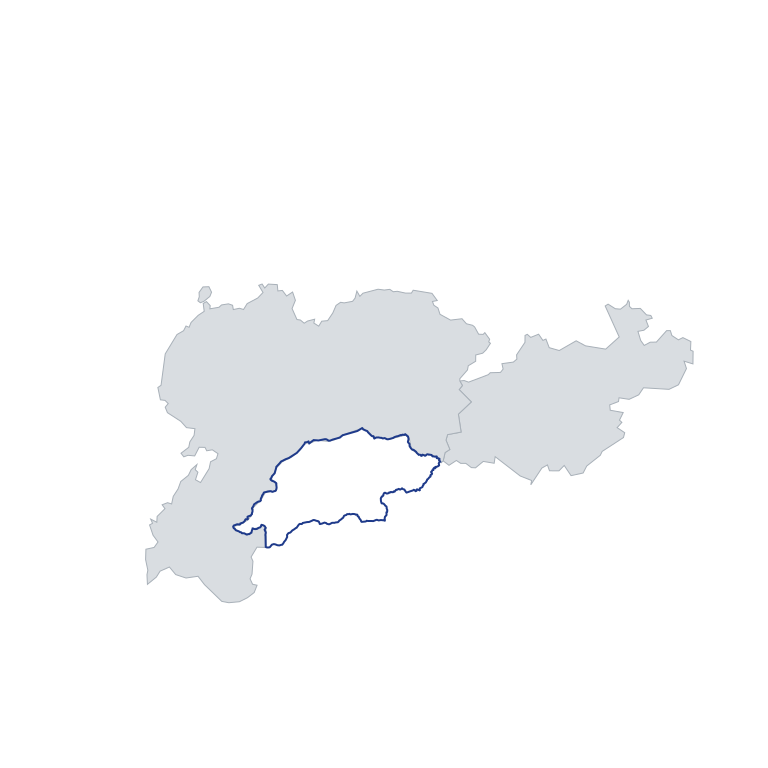 map of Mongolia with Kazakhstan and China greyed out, rotated 156°
{"feature_id": "MNG", "entity_name": "Mongolia", "entity_type": "country or territory", "adm_level": 0, "iso_a3": "MNG", "parent_name": "Asia", "parent_adm1": "", "projection": "mercator", "projection_center": [102.872, 46.856], "detail": "fine", "context": "with_neighbors", "style": "outline", "palette": "blue", "viewbox_px": 768, "rotation_deg": 156, "n_neighbors": 2, "source": "natural_earth", "source_scale": "50m", "svg_char_len": 10113}
<svg xmlns="http://www.w3.org/2000/svg" viewBox="0 0 768 768"><g transform="rotate(156 384 384)"><path d="M361.2,289.7L356.1,296.5L350.5,297.4L350.2,307.5L346.5,311.9L333.1,308.7L328.3,326.2L311.5,332.1L317.6,348.3L313.0,350.7L313.5,355.9L309.4,354.6L306.0,351.3L284.9,350.1L282.4,351.1L272.9,347.2L269.1,349.2L268.0,354.6L256.9,351.4L252.5,352.7L251.0,356.7L238.3,364.7L235.4,371.0L232.9,371.1L231.0,366.9L222.5,366.6L221.1,359.2L217.8,359.2L218.3,350.0L210.3,343.3L190.9,345.3L184.4,336.9L167.3,325.7L150.0,331.3L150.2,365.3L146.8,365.8L142.1,358.7L137.5,356.2L129.9,358.1L126.9,361.1L126.6,358.9L128.2,355.1L126.9,351.9L119.1,348.8L116.1,340.4L112.4,338.1L112.2,335.0L118.7,335.9L119.0,329.0L124.7,327.4L130.6,328.8L131.8,319.4L130.6,313.4L123.8,313.9L118.1,311.5L104.1,317.8L100.7,316.3L101.3,311.2L97.1,304.6L92.1,304.8L86.4,298.0L90.2,290.3L88.3,288.2L93.6,276.7L100.6,282.8L101.4,275.1L115.3,263.5L125.8,263.2L148.5,275.0L155.7,270.5L166.3,270.3L174.9,275.8L176.9,272.6L186.3,273.1L188.0,268.0L177.1,260.6L183.6,255.2L182.3,252.2L188.8,249.3L183.9,241.6L187.0,237.7L212.1,233.7L215.4,230.9L232.2,226.6L238.3,221.7L250.4,224.2L252.5,236.3L259.5,233.5L268.1,237.4L267.6,243.6L274.0,243.0L290.9,232.2L288.4,235.8L297.0,244.6L312.0,272.4L315.6,266.8L324.8,272.9L334.5,270.2L338.2,272.1L341.5,278.2L346.2,280.3L349.0,284.7L357.7,283.3L361.2,289.7Z" fill="#d9dde1" stroke="#a8b0b8" stroke-width="1"/><path d="M509.9,546.3L504.4,544.1L504.2,538.0L507.5,534.8L514.8,532.8L518.7,532.9L520.2,535.7L517.3,538.8L515.7,542.9L509.9,546.3ZM313.5,355.9L313.0,350.7L317.6,348.3L311.5,332.1L328.3,326.2L333.1,308.7L346.5,311.9L350.2,307.5L350.5,297.4L356.1,296.5L361.2,289.7L363.9,288.8L365.6,295.9L371.3,301.3L380.9,305.1L385.5,313.1L382.9,324.4L385.3,328.6L402.4,331.5L410.5,337.4L414.7,338.5L417.7,347.1L421.7,352.5L442.9,354.3L451.9,353.1L458.5,354.4L468.5,360.0L476.6,359.9L479.6,362.7L487.4,357.9L498.3,354.7L508.3,354.4L516.2,351.2L525.7,343.1L522.5,336.4L526.0,330.3L536.7,333.1L543.4,328.1L553.6,324.3L558.6,317.9L563.3,315.2L573.1,313.9L578.4,315.0L579.1,311.5L573.0,304.5L567.6,301.3L562.5,305.0L555.8,303.5L552.0,304.7L550.3,300.6L558.3,282.7L566.4,286.6L575.8,280.0L575.8,275.4L581.9,264.0L585.6,260.5L585.5,254.5L581.8,251.8L587.4,246.3L595.7,244.3L604.6,243.9L614.7,247.3L620.6,251.4L629.6,273.7L632.1,284.0L643.8,287.3L651.8,294.6L654.5,304.1L664.7,304.1L670.5,300.2L681.6,297.2L678.1,306.2L675.5,309.9L673.2,320.6L668.7,329.9L660.5,328.2L654.7,331.6L656.5,339.7L655.5,350.6L652.1,350.9L652.1,355.5L647.8,350.1L645.1,355.3L634.8,359.2L635.8,363.9L630.0,363.6L626.8,360.8L622.2,367.1L614.8,371.9L609.3,377.6L599.9,380.1L595.0,384.2L587.7,386.5L591.3,382.5L589.9,379.1L595.2,373.2L591.7,368.6L578.2,377.8L574.1,383.5L567.5,383.9L564.0,387.9L567.6,393.7L573.1,395.1L573.3,398.9L578.6,401.4L586.2,395.3L592.1,398.6L596.5,398.9L597.6,403.3L588.1,405.6L584.9,410.1L578.4,414.3L574.9,420.1L582.2,424.5L584.8,432.5L593.5,445.9L593.3,451.8L589.1,453.9L590.7,458.1L594.7,460.5L592.0,472.8L588.2,473.5L571.6,500.5L553.0,513.4L545.4,514.2L541.3,517.5L539.0,515.1L535.2,518.7L525.8,522.3L518.7,523.5L516.4,531.1L512.7,531.5L510.9,526.3L512.5,523.5L503.5,521.2L500.3,522.3L493.5,520.5L490.3,517.5L491.4,513.3L485.3,512.0L482.0,509.2L476.3,513.1L464.4,513.9L457.3,516.8L458.3,525.1L454.7,524.9L453.9,520.2L449.0,522.3L441.1,518.2L443.1,512.2L438.8,510.8L437.2,504.0L430.1,505.2L430.9,496.5L437.3,490.3L437.3,478.3L434.4,476.5L432.2,472.0L428.2,472.6L421.0,471.4L423.3,468.2L420.1,463.4L415.3,466.7L409.7,464.8L401.9,469.7L395.8,475.3L390.4,476.3L387.4,474.3L379.1,472.3L375.5,474.2L371.0,479.9L370.4,473.9L366.3,475.5L350.9,473.0L345.5,469.7L340.2,468.1L338.0,464.5L334.2,463.3L327.4,458.3L322.0,455.9L319.2,457.8L303.3,447.3L301.4,438.6L306.2,439.7L306.4,435.6L303.8,431.5L304.5,424.9L297.2,415.3L286.2,411.9L284.2,405.5L279.2,401.6L278.0,399.2L277.3,391.0L273.2,389.0L271.0,389.9L269.3,381.9L271.2,379.9L270.2,377.9L276.7,373.7L281.3,372.0L288.4,373.2L291.0,367.5L299.6,366.4L302.0,362.9L312.6,358.0L313.5,355.9Z" fill="#d9dde1" stroke="#a8b0b8" stroke-width="1"/><path d="M364.3,290.2L365.1,290.2L366.3,289.2L366.4,288.8L366.5,287.9L366.8,287.2L368.2,286.9L368.6,287.0L369.8,286.9L370.6,287.3L371.1,287.2L371.3,286.9L371.3,286.4L371.6,286.3L372.1,286.9L372.3,287.0L373.0,286.7L373.5,286.4L373.6,285.7L373.9,285.4L374.3,285.6L374.9,285.6L375.5,285.0L376.7,284.5L376.8,284.1L376.5,283.4L376.6,282.5L377.3,282.0L378.2,282.0L378.8,281.7L379.0,280.8L379.3,280.5L380.5,280.3L382.5,279.3L383.4,279.2L384.1,278.3L384.6,278.1L385.8,277.1L388.0,276.6L388.5,276.6L388.7,276.0L389.2,275.6L389.7,275.5L390.5,274.5L391.1,274.2L393.7,274.1L394.2,273.3L394.4,272.5L394.8,272.4L395.3,273.0L396.3,273.9L396.6,274.3L397.0,274.3L397.4,274.0L397.7,273.3L398.2,273.2L398.8,273.3L399.2,274.6L399.8,275.2L401.0,275.0L403.4,275.3L406.4,275.5L407.6,275.7L407.8,276.1L408.2,278.3L408.3,279.2L408.6,279.6L409.0,279.8L409.7,280.6L410.0,281.3L410.7,281.1L412.1,281.0L412.7,281.4L412.9,281.9L413.3,282.2L415.2,282.1L415.6,282.4L416.1,282.4L416.4,282.1L417.3,281.9L417.9,281.4L418.3,281.4L418.9,281.9L419.2,281.8L419.4,281.5L419.8,281.5L420.9,282.0L421.4,282.5L421.9,282.6L422.7,282.4L423.0,282.6L423.3,282.8L424.1,282.4L425.9,282.7L426.7,283.5L427.0,284.0L427.4,284.3L428.5,284.2L429.7,283.1L430.0,282.4L430.9,282.1L431.8,282.1L432.3,281.5L432.8,281.4L433.5,280.7L434.4,278.3L434.7,276.4L434.6,275.9L434.2,275.6L433.7,275.5L433.0,274.7L432.5,273.4L432.4,272.5L431.6,271.1L431.7,270.4L432.2,269.2L432.2,267.9L432.4,267.2L432.7,266.9L433.0,266.1L433.4,265.7L434.0,265.7L434.4,264.7L434.8,263.7L435.1,263.2L437.1,262.3L437.9,261.2L438.2,260.6L438.5,259.4L438.8,258.9L439.2,259.0L439.7,259.8L440.1,259.8L442.2,261.0L444.3,261.5L445.7,262.8L446.4,263.0L449.4,263.1L454.4,265.4L455.5,266.1L456.0,265.9L456.8,265.9L460.4,267.1L460.7,267.6L460.7,268.1L460.6,268.6L460.7,269.8L461.0,270.4L461.2,272.0L461.1,272.8L461.2,273.2L461.5,273.4L461.8,273.9L461.6,274.8L461.6,275.4L461.9,275.8L462.8,276.0L463.3,276.7L464.2,277.4L465.4,278.0L467.5,278.5L467.9,278.7L468.4,279.4L469.2,279.5L470.6,280.1L471.8,279.7L473.6,279.9L474.3,279.7L475.5,278.6L476.2,278.3L477.1,278.2L477.7,277.9L479.7,277.5L480.4,277.4L481.6,276.7L482.4,276.5L484.5,277.2L485.7,277.3L487.1,278.0L488.0,278.3L490.4,278.1L491.3,278.2L492.9,279.4L493.5,280.6L494.8,281.6L497.5,281.7L499.4,282.1L499.6,282.3L499.5,283.1L499.5,284.7L499.7,285.1L500.0,285.2L500.2,285.7L501.4,286.5L502.7,287.8L503.5,288.3L504.1,288.5L504.9,288.4L508.3,288.4L509.7,288.8L510.2,289.1L514.8,290.1L515.6,289.6L516.3,289.6L517.7,290.4L518.2,290.4L519.0,290.2L522.4,288.2L523.0,288.3L525.1,287.8L527.4,287.5L529.4,286.6L530.2,286.4L531.5,286.6L532.3,286.5L534.0,285.5L534.7,283.6L537.4,281.4L539.5,280.4L540.8,279.4L542.3,278.6L542.9,278.8L545.3,279.1L547.0,280.1L547.7,280.9L548.9,282.0L549.9,282.6L551.8,282.8L554.6,281.4L555.2,281.4L556.1,281.7L557.4,282.3L558.0,282.8L558.3,283.3L554.0,293.5L553.9,294.1L553.4,295.0L552.5,296.2L552.3,297.4L552.4,298.5L552.3,299.5L550.6,300.7L550.8,302.6L551.2,303.3L551.8,304.0L553.1,305.1L553.7,304.9L554.2,304.1L555.3,303.4L557.2,303.6L558.1,303.4L558.9,303.3L559.8,303.5L560.9,303.9L561.8,304.6L562.4,305.3L562.8,305.5L563.5,304.6L564.2,304.0L565.6,302.1L567.0,302.0L567.5,301.8L568.2,301.7L568.8,302.0L570.5,302.2L571.0,302.6L572.3,304.4L574.0,305.2L574.5,305.5L574.7,306.4L575.0,306.7L575.9,307.3L576.1,307.9L577.5,309.4L578.7,310.5L579.0,311.1L579.0,311.7L579.2,312.2L579.9,313.4L579.9,314.0L579.9,314.6L579.7,315.2L578.7,315.8L578.1,315.8L577.1,315.6L576.1,315.7L575.0,315.5L574.1,315.0L573.6,314.6L572.9,314.3L572.5,314.4L572.0,315.0L571.5,314.9L571.1,315.0L569.3,314.7L567.7,315.2L566.6,315.7L565.9,316.5L565.4,316.7L565.0,316.6L564.1,316.0L563.4,316.0L563.2,316.2L562.9,317.5L562.9,317.9L562.7,318.2L562.3,318.3L560.3,318.2L559.5,317.9L559.0,318.1L558.4,318.6L557.9,318.7L557.5,318.9L557.2,319.7L556.1,320.8L555.2,322.8L555.4,323.7L555.1,324.2L554.5,324.7L554.0,324.8L553.3,325.3L551.6,326.9L548.1,327.6L546.5,327.7L545.3,327.3L544.6,327.4L544.1,327.6L543.8,327.8L543.6,328.7L543.1,329.4L541.4,330.8L540.8,331.6L540.5,331.9L539.5,332.3L538.0,333.6L537.5,333.7L535.6,333.3L533.9,333.1L531.6,332.4L530.9,332.1L530.2,331.2L529.6,330.8L527.6,330.7L527.1,330.5L526.2,330.7L525.2,331.6L524.3,332.9L523.8,334.4L523.4,335.9L522.9,336.8L522.8,337.3L523.0,337.7L523.4,338.2L523.6,338.9L524.2,339.7L525.8,341.3L526.4,342.5L526.5,343.0L526.4,343.4L526.0,343.7L525.3,343.9L523.8,345.4L523.5,345.5L520.2,346.9L516.5,351.4L516.1,352.1L511.4,354.1L509.7,355.0L509.0,355.1L507.6,355.1L504.6,355.3L501.1,355.1L491.7,356.5L485.6,359.2L481.9,361.2L481.1,361.5L480.1,362.6L479.7,362.8L478.9,362.3L476.4,362.2L476.4,360.2L471.1,361.4L466.9,359.1L460.7,357.7L459.5,357.2L458.8,356.5L457.7,354.9L457.4,354.6L456.3,354.2L453.5,354.1L446.1,353.0L442.6,354.0L427.4,351.9L421.9,352.6L421.7,352.3L421.6,351.4L421.3,350.7L420.4,349.9L419.9,349.1L418.7,348.1L418.4,347.5L418.3,346.5L416.6,342.1L416.1,341.2L415.8,340.9L415.0,340.7L414.8,340.4L414.8,339.8L415.1,338.3L414.9,338.1L412.9,338.3L410.7,337.4L409.2,336.3L408.3,335.9L407.2,334.7L405.6,334.4L405.0,333.9L404.2,332.9L403.6,332.2L402.6,331.8L401.1,331.5L397.7,331.0L396.3,331.2L395.3,331.2L393.6,331.0L392.6,330.7L389.6,330.6L388.7,330.1L387.8,330.2L387.2,329.9L386.6,329.5L386.0,329.2L385.4,329.3L385.1,329.5L384.9,329.4L384.7,328.8L384.1,327.8L384.0,327.3L383.4,326.3L383.8,324.3L384.3,323.1L384.7,322.8L385.7,321.4L385.7,320.7L385.4,320.0L385.1,319.1L385.2,318.6L385.5,317.9L385.9,316.6L385.9,316.2L385.7,315.9L385.6,314.4L384.8,312.4L383.8,311.9L382.3,309.1L382.2,308.7L382.1,307.9L381.8,307.0L381.3,306.0L381.2,305.5L381.1,305.2L380.3,305.0L379.7,304.6L379.4,304.0L379.3,303.5L379.2,303.2L378.7,303.1L378.4,303.6L377.8,303.8L377.5,303.7L376.6,302.9L376.0,302.0L375.5,301.7L374.5,301.8L373.6,302.2L372.6,302.0L371.7,301.1L371.2,301.0L369.4,299.8L369.3,298.8L369.0,298.1L368.3,297.9L367.6,297.2L365.4,296.4L365.3,296.1L365.4,295.9L365.9,295.2L365.9,294.8L365.7,294.6L364.4,294.0L364.3,293.5L363.8,293.1L363.9,292.7L364.6,292.2L364.7,291.9L364.4,291.5L364.3,291.0L364.4,290.7L364.3,290.2Z" fill="none" stroke="#1e3a8a" stroke-width="2"/></g></svg>